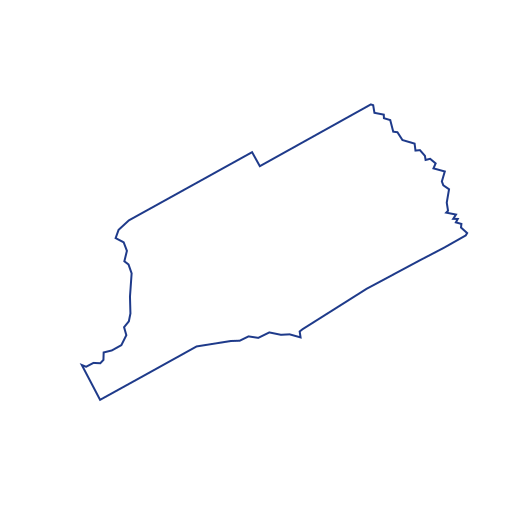 Mora, New Mexico, United States of America (Mercator projection), rotated 331°
{"feature_id": "52423323B50953457679894", "entity_name": "Mora", "entity_type": "district", "adm_level": 2, "iso_a3": "USA", "parent_name": "United States of America", "parent_adm1": "New Mexico", "projection": "mercator", "projection_center": [-104.899, 36.008], "detail": "fine", "context": "isolated", "style": "outline", "palette": "blue", "viewbox_px": 512, "rotation_deg": 331, "n_neighbors": 0, "source": "geoboundaries", "source_scale": "gbopen_adm2", "svg_char_len": 1021}
<svg xmlns="http://www.w3.org/2000/svg" viewBox="0 0 512 512"><g transform="rotate(331 256 256)"><path d="M106.1,254.3L104.2,262.4L95.0,268.7L84.1,268.7L76.0,266.5L72.2,272.9L67.8,274.3L62.0,270.7L53.7,270.5L50.8,266.9L49.9,306.2L107.9,306.3L160.2,306.3L192.7,318.1L200.7,322.2L210.5,322.7L218.3,328.7L230.6,329.3L239.6,337.0L247.4,340.8L255.5,348.8L257.6,343.2L261.2,342.6L336.9,338.3L397.3,339.2L424.0,339.9L449.4,339.7L451.8,338.3L449.1,330.5L451.2,327.5L447.1,323.5L450.4,321.4L446.5,319.1L451.0,316.7L443.4,310.3L445.9,309.5L448.7,301.8L457.2,291.2L454.1,285.0L454.7,280.9L462.1,273.6L453.7,265.4L458.0,262.1L455.4,255.4L450.9,254.2L452.3,250.3L450.7,242.9L446.6,241.1L449.2,234.6L440.3,225.6L439.7,216.3L436.3,213.8L439.3,202.2L434.7,197.5L436.3,194.3L429.0,188.2L431.6,180.9L429.9,179.1L302.9,179.3L302.9,163.3L162.1,163.2L148.5,166.5L141.9,172.3L146.9,179.9L145.6,188.9L138.3,196.8L140.4,201.6L138.8,210.9L126.1,230.4L118.3,245.4L113.1,251.5L106.1,254.3Z" fill="none" stroke="#1e3a8a" stroke-width="2"/></g></svg>